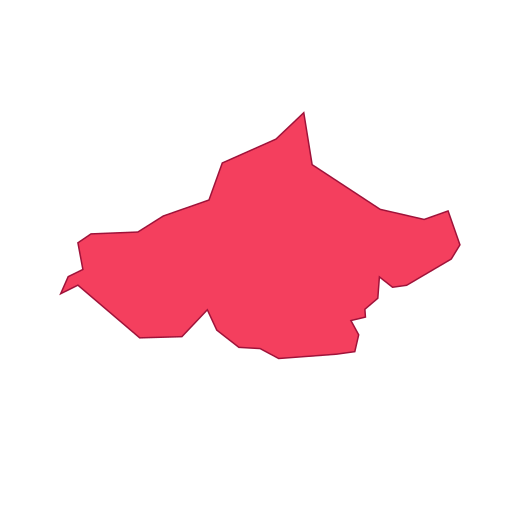 Plasnitsa, Plasnica, North Macedonia (Equal Earth projection), rotated 342°
{"feature_id": "65306769B97994960223658", "entity_name": "Plasnitsa", "entity_type": "district", "adm_level": 2, "iso_a3": "MKD", "parent_name": "North Macedonia", "parent_adm1": "Plasnica", "projection": "equal_earth", "projection_center": [21.111, 41.454], "detail": "fine", "context": "isolated", "style": "filled", "palette": "rose", "viewbox_px": 512, "rotation_deg": 342, "n_neighbors": 0, "source": "geoboundaries", "source_scale": "gbopen_adm2", "svg_char_len": 598}
<svg xmlns="http://www.w3.org/2000/svg" viewBox="0 0 512 512"><g transform="rotate(342 256 256)"><path d="M160.6,309.8L193.1,292.1L195.8,314.4L211.5,337.6L231.3,345.3L245.9,360.5L302.5,374.3L320.4,377.5L329.3,362.7L326.3,346.7L341.2,347.9L343.1,340.3L358.8,333.8L366.9,314.0L376.2,327.9L390.2,330.4L440.8,319.2L453.4,308.4L452.6,272.5L427.2,273.2L388.5,250.0L337.6,186.5L345.7,134.5L311.1,151.0L252.7,157.1L228.6,188.2L180.2,189.3L151.0,196.7L105.9,184.0L90.7,188.4L87.2,215.3L71.0,217.6L58.6,231.5L77.6,228.7L120.1,297.9L160.6,309.8Z" fill="#f43f5e" stroke="#9f1239" stroke-width="1.5"/></g></svg>